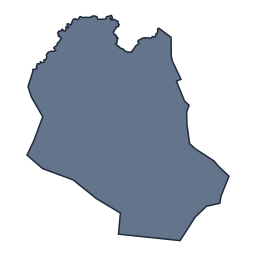 the district of Xairxan, Arhangay, Mongolia
{"feature_id": "93677404B50954701545850", "entity_name": "Xairxan", "entity_type": "district", "adm_level": 2, "iso_a3": "MNG", "parent_name": "Mongolia", "parent_adm1": "Arhangay", "projection": "natural_earth1", "projection_center": [101.878, 48.564], "detail": "fine", "context": "isolated", "style": "filled", "palette": "slate", "viewbox_px": 256, "rotation_deg": 0, "n_neighbors": 0, "source": "geoboundaries", "source_scale": "gbopen_adm2", "svg_char_len": 5175}
<svg xmlns="http://www.w3.org/2000/svg" viewBox="0 0 256 256"><path d="M180.1,240.6L195.1,217.2L206.4,206.3L219.9,203.2L221.0,196.2L229.0,176.2L218.1,165.9L214.2,161.1L195.1,148.7L190.7,144.6L189.6,143.6L187.0,124.9L186.6,111.8L189.1,105.4L184.5,100.9L176.4,81.1L181.0,79.3L172.2,60.7L171.3,55.8L171.1,41.5L171.1,37.3L159.0,28.3L158.6,28.2L157.8,28.9L157.6,29.3L157.6,29.7L157.7,30.1L157.7,31.3L157.6,31.6L157.5,31.9L157.5,32.5L157.4,32.8L157.2,33.1L156.7,33.5L156.3,33.7L156.1,34.0L155.8,34.5L155.7,35.0L155.5,35.6L155.5,36.2L155.4,36.5L155.2,36.8L154.9,36.8L153.8,36.8L153.1,36.6L152.7,36.6L152.4,36.6L152.2,36.7L152.0,36.9L151.8,37.5L151.7,37.8L151.3,38.0L150.8,38.2L149.8,38.1L149.1,37.8L148.8,37.8L148.5,37.8L148.1,37.9L147.5,38.0L146.5,37.9L146.0,37.8L144.9,37.9L144.4,37.8L143.9,37.9L143.4,38.0L142.8,38.1L142.2,38.3L141.0,39.1L139.0,40.0L138.7,40.3L137.9,41.2L137.8,41.5L137.9,41.9L138.7,42.5L138.9,42.9L138.8,43.2L138.7,43.4L137.9,44.2L137.2,44.7L136.1,45.7L135.4,46.2L134.6,47.8L134.1,48.3L133.7,49.0L132.5,50.5L132.3,51.0L131.6,51.9L131.5,51.7L131.4,51.7L130.8,51.9L130.2,52.4L129.7,52.4L129.3,52.3L128.3,51.9L128.1,51.9L127.1,51.9L126.7,51.8L126.0,51.4L124.8,51.0L124.5,50.7L124.1,50.0L123.8,49.7L123.5,49.3L122.9,49.0L122.0,48.5L121.5,48.4L120.7,48.4L120.4,48.3L120.2,48.2L120.0,47.8L119.6,47.0L119.5,46.8L119.2,46.7L118.6,46.7L118.4,46.6L118.0,46.1L117.7,45.5L117.5,45.3L117.1,45.2L116.7,44.8L116.5,44.5L116.3,44.1L116.2,44.0L115.7,43.9L115.6,43.7L116.4,43.4L116.6,43.3L116.7,42.9L116.5,42.4L116.5,42.2L117.1,41.4L117.2,41.2L117.1,40.6L117.1,40.2L117.5,39.6L117.6,39.0L117.7,38.8L118.0,38.4L117.9,38.1L117.5,38.0L116.8,37.9L116.6,37.9L116.4,37.6L117.0,36.9L117.0,36.7L116.1,36.2L116.0,35.8L116.0,35.4L115.9,34.9L115.5,34.7L114.7,34.7L114.3,34.4L114.2,34.1L113.9,33.3L113.8,33.1L113.5,32.6L113.5,32.4L113.6,31.9L114.2,31.1L114.2,30.3L114.3,30.1L114.7,29.7L115.0,29.5L115.4,29.1L115.8,28.7L115.9,28.2L116.0,27.5L116.2,27.2L116.3,27.1L116.6,27.0L117.5,26.9L117.8,26.8L118.2,26.7L118.4,26.5L118.6,26.2L118.7,25.3L118.9,25.0L119.1,24.7L119.1,24.4L118.9,24.1L118.1,23.6L118.0,23.4L117.8,23.1L117.9,22.9L118.1,22.4L118.2,22.1L118.1,21.8L118.0,21.5L117.7,21.2L117.4,21.0L116.7,20.8L116.2,20.6L115.8,20.3L115.2,19.8L114.9,19.7L114.6,19.6L114.0,19.5L113.6,19.6L112.8,19.6L111.5,19.8L110.9,19.8L110.7,19.7L110.2,18.9L110.1,18.6L110.4,18.5L111.3,18.8L111.7,18.8L112.1,18.8L112.2,18.7L112.4,18.5L112.3,17.9L112.2,17.3L111.6,15.8L111.3,15.5L111.0,15.4L110.7,15.4L110.1,15.8L109.6,16.1L108.9,16.3L107.6,16.4L107.1,16.5L106.6,16.7L106.3,17.1L106.1,17.5L106.0,17.8L106.0,18.6L105.9,18.8L105.6,18.9L104.9,19.1L104.1,19.2L103.4,19.1L102.6,19.1L102.1,19.2L101.7,19.3L100.9,19.4L100.5,19.3L99.6,19.1L99.4,19.2L99.0,19.4L98.6,19.5L98.3,19.5L97.9,19.3L97.6,18.9L97.5,18.6L97.4,18.0L97.3,17.5L97.0,17.0L96.7,16.7L96.3,16.5L95.5,16.3L94.7,16.0L94.2,15.9L93.9,15.9L93.1,16.1L92.4,16.1L92.1,16.3L91.9,16.4L91.7,16.6L91.6,17.1L91.4,17.2L91.1,17.2L90.4,17.1L89.6,17.3L88.9,17.5L88.5,17.5L87.0,17.3L85.7,17.4L85.1,17.3L84.2,17.3L83.7,17.7L82.8,17.6L82.2,17.5L81.8,17.2L81.1,16.7L80.2,16.7L79.9,16.8L79.5,17.2L78.9,18.2L78.6,18.7L78.1,19.5L77.8,19.8L77.4,19.8L77.0,19.7L76.7,19.4L76.4,19.2L76.2,19.1L75.8,19.0L75.6,18.8L75.1,18.8L74.5,19.1L74.0,19.2L73.7,19.2L73.4,19.2L73.3,19.4L73.3,19.7L73.3,19.9L73.1,20.0L72.8,20.2L72.5,20.6L72.1,21.5L71.9,22.1L72.0,22.5L71.9,23.0L71.7,23.2L71.4,23.5L71.3,24.3L70.7,25.0L70.3,24.9L69.8,24.5L69.0,24.1L67.5,23.7L67.3,24.0L67.2,24.7L67.2,25.0L67.0,25.6L67.8,26.2L68.3,26.4L68.5,26.7L68.4,27.1L68.2,27.6L67.9,27.9L67.5,28.0L67.1,27.9L66.0,27.1L65.9,27.1L65.7,27.2L65.7,27.4L66.2,27.9L66.4,28.1L66.5,28.4L66.2,29.1L65.4,30.0L65.3,30.3L65.4,30.5L65.4,30.8L65.2,31.0L64.9,31.2L64.7,31.3L64.4,31.2L63.9,31.1L63.6,30.8L63.1,30.2L62.9,29.8L62.5,29.3L62.3,29.2L61.8,29.4L61.6,29.6L61.3,30.7L61.1,30.9L60.7,31.1L60.4,31.1L59.2,31.1L58.9,31.2L58.7,31.3L57.8,32.8L57.6,33.4L57.9,33.8L58.3,34.1L58.4,34.3L58.6,34.5L58.8,34.8L58.5,35.3L58.3,35.6L58.4,36.1L59.9,36.7L60.2,36.8L60.2,37.4L60.4,37.6L60.6,37.7L60.9,37.9L61.4,38.1L61.5,38.2L61.5,38.4L61.5,38.5L60.6,39.4L59.7,40.5L59.5,40.8L59.5,41.2L59.4,41.4L59.0,41.8L58.5,42.1L58.1,42.5L57.3,43.4L57.2,43.7L57.1,44.0L57.2,45.0L56.8,45.5L55.1,46.6L54.5,47.0L53.9,47.7L53.8,47.9L53.8,48.1L54.2,48.5L54.6,48.8L55.3,49.8L55.8,50.2L55.8,50.4L55.7,50.5L54.8,50.9L53.8,51.2L53.0,51.3L52.5,51.3L52.1,51.2L51.7,51.1L50.6,51.4L48.9,52.0L48.3,52.3L47.7,52.7L47.5,53.1L47.5,53.4L47.3,53.6L46.8,54.1L46.5,54.5L46.4,55.0L46.4,55.9L46.8,56.5L46.8,56.9L46.5,58.0L46.1,58.9L45.7,59.4L45.3,59.6L44.2,59.8L43.9,60.0L43.8,60.4L44.0,60.8L44.0,61.2L44.0,61.7L43.9,62.1L43.6,62.3L43.2,62.5L42.8,62.6L42.4,62.6L41.9,62.6L41.1,62.0L40.7,61.9L40.4,61.8L40.3,62.0L40.3,62.3L40.4,62.6L40.3,63.1L40.2,63.4L40.0,63.7L39.7,63.9L38.8,63.8L38.4,63.8L37.9,63.7L37.5,63.8L37.3,63.9L37.2,64.1L37.2,64.6L37.1,65.0L36.5,65.8L36.4,66.2L36.4,66.6L36.5,67.1L36.9,67.6L37.0,67.7L37.0,67.9L36.9,68.1L36.7,68.2L36.1,68.6L35.8,69.0L35.3,69.2L33.7,69.4L33.2,69.4L32.7,69.6L33.1,70.7L28.0,86.6L31.3,96.9L42.7,116.7L33.9,140.6L27.0,155.1L42.6,168.6L73.1,179.9L96.4,198.6L120.4,213.1L118.5,234.2L180.1,240.6Z" fill="#64748b" stroke="#1e293b" stroke-width="1.5"/></svg>